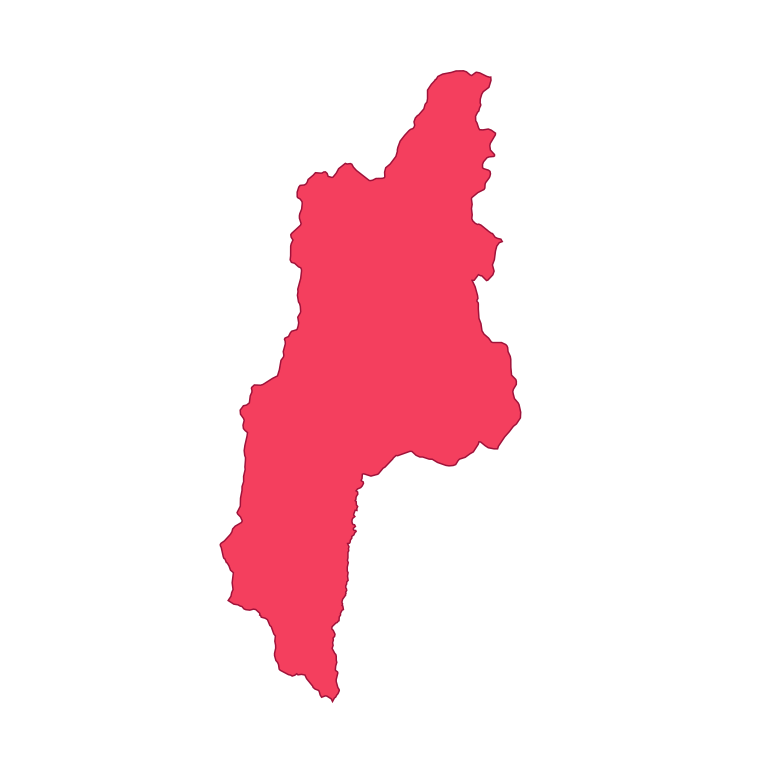 Onzaga, Santander, Colombia, rotated 188°
{"feature_id": "7082276B75716633993754", "entity_name": "Onzaga", "entity_type": "district", "adm_level": 2, "iso_a3": "COL", "parent_name": "Colombia", "parent_adm1": "Santander", "projection": "robinson", "projection_center": [-72.805, 6.343], "detail": "fine", "context": "isolated", "style": "filled", "palette": "rose", "viewbox_px": 768, "rotation_deg": 188, "n_neighbors": 0, "source": "geoboundaries", "source_scale": "gbopen_adm2", "svg_char_len": 6130}
<svg xmlns="http://www.w3.org/2000/svg" viewBox="0 0 768 768"><g transform="rotate(188 384 384)"><path d="M402.2,65.1L398.7,67.0L397.2,67.0L392.5,64.9L390.8,62.4L389.4,66.2L388.3,67.2L387.5,69.4L386.5,70.9L385.6,74.1L385.9,75.2L387.5,77.1L389.9,82.7L390.2,84.7L389.5,91.4L390.0,92.5L391.6,93.3L392.4,94.1L392.6,98.0L392.0,101.8L392.8,103.8L393.4,107.8L394.1,109.5L395.2,110.3L398.6,115.0L398.0,118.0L398.9,120.7L398.5,123.4L399.1,125.3L397.8,127.2L397.7,129.4L400.0,133.0L401.4,134.0L401.7,135.0L401.6,136.5L398.4,140.6L397.2,141.3L396.3,142.8L395.6,143.3L395.9,147.1L394.9,149.1L395.2,150.9L394.0,154.2L392.8,155.0L393.9,158.5L394.7,158.8L394.4,160.5L395.1,161.4L395.3,162.9L395.0,165.1L392.6,169.7L392.9,170.4L392.5,171.5L393.0,172.5L392.2,174.4L392.7,176.0L393.5,176.9L393.8,179.1L393.2,180.3L393.3,182.9L392.2,184.5L393.4,188.7L393.3,192.2L394.3,193.6L394.9,197.6L394.5,202.1L395.7,204.3L395.5,206.7L396.3,212.3L395.7,214.0L396.3,216.2L396.0,217.9L397.9,221.0L396.0,221.6L395.6,222.3L395.5,224.9L394.4,226.9L394.7,228.6L392.9,230.3L392.1,233.0L391.1,234.0L391.6,235.0L393.3,234.9L394.1,235.6L394.2,236.9L392.5,239.0L393.6,240.5L394.9,240.5L395.9,241.4L396.6,243.2L396.7,245.4L396.1,246.9L394.4,248.7L395.8,250.0L395.8,251.3L395.0,255.0L393.2,255.0L393.6,256.8L393.0,259.0L394.5,260.4L395.2,263.8L396.3,264.4L395.7,266.2L396.0,267.4L395.5,269.5L394.6,271.2L395.1,273.4L396.8,274.3L395.6,276.4L392.7,278.1L391.4,280.0L390.5,282.7L390.9,284.1L393.1,285.1L393.2,285.6L392.6,287.3L392.9,291.6L391.8,292.2L390.6,292.1L384.1,291.0L377.7,293.7L377.0,294.3L373.2,300.5L371.4,301.9L364.9,311.0L364.5,312.0L362.1,314.9L360.5,314.9L348.8,321.0L346.9,321.1L342.4,317.9L338.4,316.7L335.6,317.1L328.9,315.9L325.7,316.2L320.2,313.8L311.3,312.0L308.2,312.0L304.2,312.9L301.8,314.2L299.9,318.6L298.8,320.1L293.4,322.7L289.1,326.9L286.1,329.2L282.3,337.4L281.9,340.0L280.2,340.0L275.3,337.0L271.9,335.4L266.0,335.1L262.5,335.6L262.0,338.4L257.1,348.5L253.3,354.2L250.0,360.1L247.3,362.9L244.2,369.4L244.7,375.1L247.4,382.3L248.5,383.9L252.8,387.7L254.7,392.3L255.4,394.4L255.1,396.9L252.9,402.0L253.3,405.1L254.1,406.8L258.9,410.5L260.7,418.1L261.9,426.1L262.8,428.9L265.7,433.4L266.6,437.3L267.5,438.8L268.9,440.0L273.4,441.4L282.0,440.2L283.5,440.5L286.8,444.0L291.9,447.3L294.4,450.4L296.4,457.3L299.1,462.2L301.0,471.3L301.7,476.4L302.1,477.6L303.4,478.7L303.6,479.9L302.9,481.8L303.7,484.7L307.3,493.0L311.2,498.9L309.1,499.3L305.7,505.4L303.5,504.7L302.3,504.8L296.9,500.7L295.6,501.3L291.4,507.3L290.7,511.1L293.2,517.0L292.0,522.5L292.1,531.3L291.5,536.3L289.5,540.0L286.7,541.5L288.4,543.7L291.9,544.0L294.4,544.8L297.5,548.1L298.4,548.1L301.4,549.6L310.0,554.8L312.4,555.5L313.7,555.0L316.0,555.8L318.8,557.9L320.1,560.0L320.2,563.8L321.8,569.9L321.7,574.1L323.2,579.5L323.0,580.8L317.7,586.6L312.0,590.6L311.4,592.1L311.7,595.9L311.4,597.5L308.7,602.4L308.1,604.0L307.8,606.9L308.6,609.3L310.3,610.3L315.2,611.1L316.5,611.9L317.0,615.3L316.3,618.0L313.5,622.4L311.6,623.5L307.0,624.6L306.3,625.3L306.5,626.6L311.2,630.5L312.4,634.7L312.2,637.1L308.4,646.2L308.5,647.9L313.1,650.3L316.2,651.0L321.4,649.4L324.7,649.1L326.0,650.8L328.2,655.4L329.8,657.4L330.6,661.8L329.2,666.1L328.1,667.5L327.8,670.7L327.0,673.2L327.1,674.3L327.9,675.7L328.3,679.6L327.5,684.8L326.4,687.3L321.4,692.4L320.3,699.6L321.0,702.8L322.0,702.5L324.9,702.9L332.5,705.4L335.8,705.6L336.5,705.3L340.1,701.7L341.6,702.0L345.8,704.6L348.8,705.2L356.3,704.0L360.7,701.9L369.0,699.1L373.5,696.0L374.7,693.1L375.6,692.6L375.9,691.6L378.8,687.4L381.8,681.1L380.6,672.6L380.7,669.2L382.2,666.7L382.8,662.0L387.1,655.3L388.3,654.4L390.0,651.8L390.8,647.8L389.6,644.5L390.0,642.5L390.9,641.0L393.2,639.8L394.6,638.3L398.1,633.2L401.8,626.8L403.2,620.3L403.4,617.5L403.1,616.5L403.9,611.0L408.5,602.7L412.4,598.4L412.9,593.9L412.0,589.2L412.4,588.3L414.3,587.4L420.5,586.4L423.7,584.2L425.8,583.5L427.0,583.5L441.0,591.6L444.5,594.5L446.5,597.2L448.0,597.6L451.2,596.7L453.0,597.1L458.9,590.9L460.6,586.2L463.2,581.9L464.2,581.3L468.2,581.8L469.6,584.6L471.5,585.9L473.1,585.6L474.7,584.3L475.8,584.0L481.3,583.7L483.1,581.0L487.6,576.0L488.2,572.9L489.2,571.1L490.6,570.0L494.7,569.0L495.8,567.1L496.7,561.9L496.0,557.3L495.3,556.5L492.8,555.5L491.6,554.3L490.5,553.1L490.1,551.2L489.9,545.8L491.1,540.9L491.2,538.8L490.8,536.3L488.4,531.3L488.8,529.6L496.5,520.2L497.1,518.8L496.4,516.5L494.2,513.9L495.4,509.8L495.6,507.6L494.3,497.9L494.2,493.9L492.6,491.6L489.3,491.1L484.9,488.1L482.7,487.5L481.8,486.2L481.4,484.5L481.2,477.0L482.6,465.9L482.0,463.3L482.1,459.8L480.1,453.4L478.7,451.7L477.7,449.3L476.6,444.1L476.8,442.7L478.7,438.2L477.0,432.7L477.1,429.4L477.6,426.3L478.2,425.5L482.8,423.4L483.8,421.8L485.2,417.7L488.4,415.7L488.8,414.5L487.8,412.5L487.3,410.0L488.3,402.1L487.2,398.5L487.3,396.8L489.3,393.1L489.6,383.5L490.6,377.2L495.1,374.1L503.8,366.7L506.1,365.6L512.3,365.0L514.5,362.3L514.7,361.4L513.9,359.3L513.7,357.5L514.8,353.7L514.7,346.6L517.2,344.0L520.2,342.9L522.8,338.1L521.9,334.1L518.3,330.3L517.4,328.5L517.9,323.6L517.0,320.3L515.1,318.6L512.4,316.9L512.4,313.3L513.2,303.8L513.2,298.6L512.0,293.9L510.9,291.9L510.6,289.2L510.2,282.5L509.6,280.0L510.2,273.1L509.4,267.7L510.3,262.7L509.8,258.8L510.2,251.0L509.3,243.0L511.6,236.2L510.8,234.9L507.6,232.4L505.3,228.7L505.9,227.0L511.6,222.5L513.7,219.4L514.0,216.5L515.2,213.7L520.2,206.4L523.2,203.6L523.8,202.4L523.5,201.0L522.4,199.4L519.1,190.5L518.2,189.0L517.1,188.5L515.3,185.3L514.4,185.0L512.2,182.3L510.1,178.3L506.9,176.2L506.7,166.0L504.9,159.5L505.8,156.2L506.0,152.5L508.2,147.9L502.1,145.1L497.8,145.0L495.6,144.1L493.7,143.9L491.4,141.8L489.4,141.3L485.4,141.4L481.9,142.9L479.6,142.8L475.3,139.8L474.8,138.7L475.0,137.9L473.9,137.4L473.1,136.0L469.0,135.5L466.6,134.4L463.4,129.0L461.9,128.0L458.3,121.1L456.5,119.4L456.3,114.1L455.0,110.3L454.5,107.3L454.9,102.0L454.6,99.9L452.6,95.2L450.6,93.4L449.4,91.4L448.1,87.0L447.0,86.1L438.2,82.9L435.9,82.7L434.3,82.0L431.8,83.2L430.1,84.9L428.7,84.0L425.3,85.0L421.8,84.8L419.6,81.4L412.6,74.9L412.0,73.7L409.8,72.3L406.6,71.6L405.5,70.8L403.9,67.1L402.2,65.1Z" fill="#f43f5e" stroke="#9f1239" stroke-width="1.5"/></g></svg>